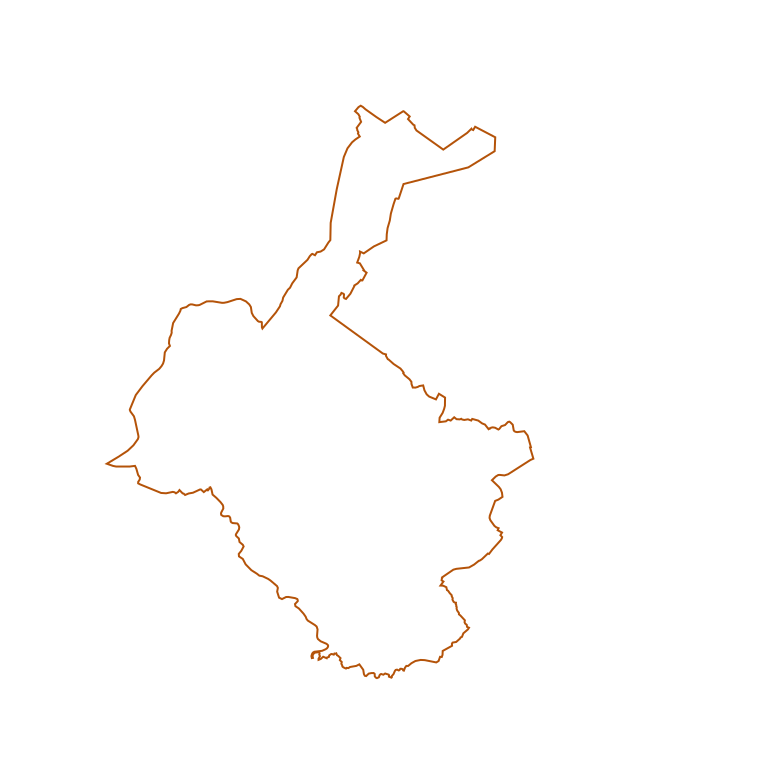 outline of Mueang Chai Nat, Chai Nat, Thailand, rotated 305°
{"feature_id": "78962969B26983912705039", "entity_name": "Mueang Chai Nat", "entity_type": "district", "adm_level": 2, "iso_a3": "THA", "parent_name": "Thailand", "parent_adm1": "Chai Nat", "projection": "orthographic", "projection_center": [100.119, 15.184], "detail": "fine", "context": "isolated", "style": "outline", "palette": "amber", "viewbox_px": 768, "rotation_deg": 305, "n_neighbors": 0, "source": "geoboundaries", "source_scale": "gbopen_adm2", "svg_char_len": 6166}
<svg xmlns="http://www.w3.org/2000/svg" viewBox="0 0 768 768"><g transform="rotate(305 384 384)"><path d="M193.5,587.9L195.7,587.3L199.0,585.2L208.6,589.9L210.2,588.6L211.5,588.5L214.1,591.1L219.2,592.3L220.3,592.1L221.6,592.9L225.3,592.0L231.1,593.5L233.1,593.4L232.7,591.3L234.2,589.9L234.3,587.9L235.1,586.6L236.8,585.8L238.2,579.3L238.3,577.5L239.4,576.7L240.4,573.9L241.6,572.3L243.0,571.5L243.3,570.7L244.4,570.0L244.7,569.2L246.1,568.4L245.6,567.5L245.5,566.0L246.6,563.8L248.0,563.1L248.9,561.3L249.8,560.6L250.4,557.8L251.4,555.1L251.3,553.8L253.3,551.6L252.7,548.1L251.3,545.9L256.3,546.0L256.2,543.8L257.8,543.0L258.7,542.9L258.9,542.5L271.7,547.3L274.1,549.3L282.5,558.9L287.8,561.4L293.6,563.1L294.0,563.6L296.7,564.7L304.7,566.3L305.0,567.5L310.7,567.7L323.1,569.2L325.0,569.1L326.4,568.6L326.9,566.1L330.0,565.9L329.4,561.0L331.6,560.6L331.0,558.3L331.1,555.9L333.4,549.3L334.8,547.3L336.8,546.2L352.0,542.1L354.9,544.0L359.5,545.8L362.6,543.0L364.7,539.9L365.6,537.1L367.1,527.6L372.3,528.6L375.0,529.8L375.9,530.9L378.2,535.1L381.2,537.4L405.7,547.5L408.5,549.2L415.8,540.0L416.5,540.6L424.2,531.2L425.8,526.0L420.9,520.6L420.3,519.2L420.1,518.0L420.4,516.9L424.5,512.8L425.1,509.3L425.0,508.2L423.8,507.3L419.8,506.7L416.8,504.4L413.2,504.2L412.3,503.8L411.9,500.1L410.9,498.0L409.7,496.8L408.0,496.3L408.0,495.7L407.0,495.5L408.7,490.0L408.0,487.0L408.1,482.2L406.0,476.3L404.1,476.4L403.2,473.0L400.6,470.4L399.7,468.3L399.8,467.2L398.5,466.4L396.8,463.6L397.0,460.6L392.3,459.6L391.5,456.9L388.9,456.1L384.5,451.2L388.3,448.9L394.0,448.6L398.2,447.5L401.1,446.4L407.9,441.8L407.5,434.6L401.2,435.4L399.6,428.2L400.0,424.9L402.0,420.8L405.3,416.9L402.7,414.2L400.9,413.3L399.1,411.8L397.6,409.6L399.8,406.5L401.5,405.2L402.5,402.1L403.0,396.0L403.9,393.5L404.6,393.5L405.2,392.0L406.1,388.6L405.9,380.4L406.7,373.6L406.5,372.9L408.2,369.4L409.4,368.7L408.3,365.6L409.4,300.7L421.9,301.4L430.0,296.8L432.3,297.2L434.2,296.9L434.7,299.2L434.4,299.9L431.8,301.4L431.5,302.4L431.9,304.1L438.7,304.7L447.5,303.5L447.7,303.2L451.3,304.7L456.0,305.3L456.1,306.6L456.5,306.9L465.2,305.9L465.3,302.5L465.6,302.7L469.0,295.0L468.1,292.4L474.1,290.8L477.6,289.3L478.7,288.4L479.4,292.5L490.9,296.8L503.1,303.7L508.2,300.4L513.8,297.5L521.2,295.0L527.5,291.9L536.8,288.7L542.3,287.1L543.0,287.5L543.9,289.5L544.3,289.7L559.0,285.3L609.8,328.8L638.2,341.1L649.9,333.6L647.0,311.1L643.2,311.4L642.9,309.7L643.2,309.2L637.4,308.1L610.0,298.1L610.3,265.2L611.5,262.3L613.4,260.6L613.2,259.3L614.8,251.7L617.9,251.6L618.7,243.9L618.5,243.3L598.6,235.1L598.3,224.6L598.4,211.3L598.8,207.8L598.6,205.3L596.2,204.3L590.8,203.8L590.3,208.3L589.0,210.9L588.0,211.2L585.6,214.9L578.1,214.7L577.4,215.9L576.6,216.5L575.5,218.6L574.2,219.0L572.8,222.2L567.9,220.3L563.6,219.2L556.1,218.9L546.9,220.9L516.6,233.5L485.4,247.9L471.1,257.5L468.0,257.3L459.9,257.7L456.1,256.1L453.4,253.5L449.9,253.6L449.5,250.7L448.9,250.3L446.2,249.9L441.8,250.1L429.7,247.6L427.6,248.1L421.2,251.3L413.8,251.1L409.0,251.8L406.1,251.2L397.0,251.8L393.9,253.1L389.9,253.5L388.0,254.2L380.6,254.4L359.7,252.6L360.4,251.5L364.5,248.5L364.4,247.7L363.3,245.8L363.2,244.6L364.7,238.1L366.4,234.9L370.7,230.8L371.9,228.0L372.5,223.5L371.4,217.6L369.0,214.6L361.3,208.8L358.7,206.3L357.6,204.8L353.5,196.3L350.0,191.4L343.0,187.6L341.9,186.6L340.6,184.9L339.2,181.3L338.3,179.9L337.0,179.0L333.7,178.0L330.6,175.4L328.9,174.5L327.2,175.2L324.0,175.7L313.0,176.3L305.7,179.5L304.2,180.7L302.0,181.4L298.9,181.9L296.7,182.9L293.9,184.6L292.4,186.8L288.5,186.1L284.2,186.3L277.1,190.3L274.0,191.3L271.0,191.5L267.5,191.2L261.5,189.3L257.8,188.7L243.8,187.4L232.6,187.0L217.5,190.4L217.0,190.6L216.0,192.1L214.1,197.7L211.8,200.6L200.9,212.3L199.8,213.3L197.8,214.0L190.1,213.9L182.3,212.3L171.8,208.1L159.7,202.7L161.5,209.1L162.7,211.8L170.6,223.1L174.1,227.0L172.5,229.8L168.5,234.7L167.4,237.8L165.6,238.7L162.8,238.8L161.6,239.6L161.9,241.9L166.9,263.9L169.5,268.2L174.5,272.9L175.2,274.6L175.1,276.3L177.7,277.3L179.8,277.3L178.9,281.8L179.3,282.7L179.0,284.7L182.3,286.8L185.4,289.9L192.1,293.8L192.6,294.5L192.1,298.4L196.2,299.6L195.7,300.5L195.9,300.8L198.4,300.9L199.1,300.5L199.8,301.0L198.7,303.1L195.1,307.0L194.6,311.9L193.5,317.7L192.4,321.3L191.5,322.5L189.8,323.8L185.3,324.4L184.2,324.9L183.4,325.8L183.5,328.2L184.4,329.7L186.4,332.0L186.8,333.3L186.2,334.7L183.5,337.3L183.1,338.3L183.3,339.8L185.6,343.8L185.4,345.0L184.3,346.8L183.5,347.7L181.6,348.6L176.1,348.9L175.3,349.2L174.7,350.2L174.2,353.7L171.7,356.3L171.3,360.6L170.4,362.2L165.5,362.8L161.5,362.5L159.6,364.1L159.7,368.7L156.9,374.1L155.4,382.2L155.7,388.8L155.5,391.8L156.9,394.9L157.9,401.0L157.9,403.8L157.1,412.3L156.1,414.0L152.6,415.6L148.8,420.6L149.3,423.8L153.4,426.0L154.7,427.8L157.6,434.0L158.1,436.3L157.4,437.4L156.6,437.9L152.7,437.3L151.2,438.9L151.3,443.0L149.7,449.9L148.4,453.4L147.1,455.3L146.5,457.3L146.9,465.6L146.7,467.9L144.9,470.3L139.3,473.6L138.0,474.8L137.2,476.2L136.9,479.7L138.2,485.9L138.0,487.7L137.4,488.5L136.2,488.9L134.8,488.9L133.2,488.3L129.9,486.3L124.7,480.5L123.1,479.8L121.6,479.9L119.5,480.6L118.1,482.1L118.9,482.9L120.4,481.3L122.9,481.0L124.4,481.6L127.2,484.7L127.0,485.0L126.2,485.9L125.3,486.1L124.3,487.6L121.3,488.0L120.5,488.6L122.5,489.9L125.7,490.6L126.5,494.4L127.3,494.2L128.8,495.4L130.2,494.8L132.3,495.5L132.9,496.1L133.5,498.1L134.8,498.0L135.2,498.9L136.0,499.4L134.9,501.0L135.0,502.5L134.5,505.6L132.5,506.2L132.0,508.9L130.4,509.5L129.5,511.2L128.7,512.0L128.6,513.2L129.0,515.8L129.3,516.2L130.0,516.2L130.9,517.8L132.7,518.5L137.2,523.0L140.2,524.6L138.0,530.9L134.9,533.9L134.0,535.6L134.5,536.9L138.0,537.6L140.1,539.6L141.3,541.3L141.2,542.6L139.2,544.2L138.8,545.9L139.0,546.9L140.8,548.0L142.9,547.4L144.2,547.6L144.8,548.0L145.5,550.2L147.5,551.0L148.6,554.5L148.4,555.1L147.1,555.9L147.7,558.5L148.3,558.6L149.2,557.9L151.8,558.2L155.2,557.5L156.5,557.6L157.5,558.5L157.8,560.4L158.5,560.8L160.0,560.7L160.5,561.2L161.1,562.8L160.4,564.0L160.6,564.7L163.8,563.9L165.9,564.0L166.9,565.5L171.0,566.6L175.1,568.6L179.0,572.3L181.2,575.8L185.9,586.5L188.4,587.6L192.7,586.4L193.5,587.9Z" fill="none" stroke="#b45309" stroke-width="2"/></g></svg>